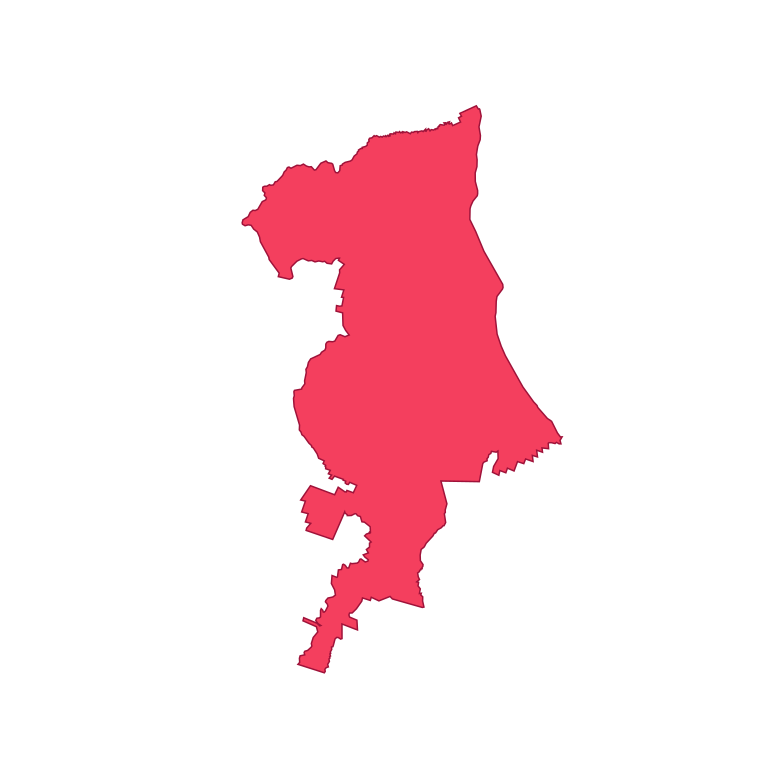 Tatahuicapan de Juárez, Veracruz, Mexico, rotated 19°
{"feature_id": "50627088B86735774155910", "entity_name": "Tatahuicapan de Juárez", "entity_type": "district", "adm_level": 2, "iso_a3": "MEX", "parent_name": "Mexico", "parent_adm1": "Veracruz", "projection": "mercator", "projection_center": [-94.788, 18.349], "detail": "fine", "context": "isolated", "style": "filled", "palette": "rose", "viewbox_px": 768, "rotation_deg": 19, "n_neighbors": 0, "source": "geoboundaries", "source_scale": "gbopen_adm2", "svg_char_len": 6165}
<svg xmlns="http://www.w3.org/2000/svg" viewBox="0 0 768 768"><g transform="rotate(19 384 384)"><path d="M234.9,303.7L248.8,313.3L249.1,316.9L260.5,315.7L262.7,313.8L262.9,312.1L258.1,304.6L258.4,302.9L261.7,296.2L265.3,292.5L266.7,291.7L272.3,292.2L275.5,290.7L279.0,291.0L282.3,288.9L286.2,288.4L288.0,287.3L290.8,288.4L295.4,287.5L295.9,284.5L297.5,281.1L300.5,279.6L301.0,279.5L300.6,281.9L307.5,283.8L304.8,290.5L305.9,293.3L306.1,310.0L315.4,308.1L315.6,315.8L317.6,315.3L318.8,323.8L316.8,324.9L313.6,325.3L314.9,330.7L321.7,330.2L326.2,342.0L330.3,345.8L335.1,349.0L331.7,352.0L326.5,351.7L324.8,353.0L323.5,359.5L321.6,360.8L317.9,361.7L316.4,363.2L316.0,365.2L317.2,368.9L317.1,371.1L314.6,374.3L314.0,376.9L306.5,384.1L305.5,388.2L306.0,392.7L305.4,395.5L306.8,398.6L307.9,406.9L309.1,409.6L307.6,414.3L307.8,415.6L301.4,419.2L301.3,420.6L303.0,424.4L303.1,427.0L306.4,434.7L317.5,450.3L318.9,455.0L321.2,456.5L322.9,458.7L325.4,459.5L332.3,464.4L335.5,465.8L336.1,467.0L338.0,467.5L343.6,471.9L346.4,475.5L352.5,476.1L352.3,479.1L355.3,479.9L355.2,481.1L356.0,481.5L356.4,483.1L361.3,483.1L360.6,487.0L364.1,487.2L362.8,490.9L365.9,491.1L367.2,487.2L376.6,487.4L376.6,488.2L379.5,488.4L379.5,490.2L381.4,490.9L383.0,490.6L383.6,488.1L391.2,488.7L390.4,496.8L383.6,496.7L383.5,498.3L382.1,498.7L374.3,496.5L373.4,504.8L347.6,504.1L343.0,520.8L347.8,520.3L347.8,531.8L354.5,531.3L354.6,540.0L360.1,539.6L357.8,545.4L358.0,547.8L386.1,547.7L388.5,517.7L389.2,518.7L391.7,519.5L392.1,520.4L395.9,519.0L398.8,516.0L400.0,515.9L401.9,517.1L404.8,517.0L408.0,521.5L410.5,521.0L417.3,523.4L417.7,524.2L419.6,529.0L419.1,529.7L418.4,529.1L418.2,530.1L416.2,531.6L415.1,533.9L423.3,537.6L422.1,539.2L423.4,542.9L421.2,546.2L424.2,548.8L420.0,552.3L422.3,553.9L426.4,555.3L426.4,556.7L424.2,558.4L419.2,556.9L418.3,557.6L418.0,560.6L416.9,562.1L412.2,564.3L410.6,564.4L410.5,569.4L409.0,570.0L406.4,568.1L404.4,567.6L403.7,568.2L404.2,573.2L401.4,574.6L402.8,581.5L402.4,582.2L397.2,582.0L399.2,589.8L404.3,594.7L406.8,599.4L404.9,602.1L400.7,604.6L399.5,607.6L399.5,609.0L402.1,610.6L403.3,612.3L402.5,617.8L401.7,619.2L400.8,619.4L399.8,617.9L397.8,616.9L397.7,618.7L399.8,624.9L399.0,626.2L396.8,627.3L396.4,629.7L399.5,632.0L402.9,632.9L402.0,633.6L398.5,632.0L384.2,631.1L384.5,634.3L399.1,635.5L402.1,640.0L399.6,646.7L399.8,653.1L401.1,655.2L400.8,656.6L398.5,660.8L396.1,662.5L395.9,663.9L397.2,665.9L393.2,668.3L393.3,670.8L394.9,674.7L393.9,677.1L421.6,676.5L422.0,674.9L421.0,673.0L421.7,671.0L423.5,669.6L422.0,667.4L422.7,664.1L421.5,661.9L422.1,660.7L421.3,659.4L422.0,658.6L420.7,656.9L421.3,656.1L420.5,654.8L421.0,652.0L420.0,649.8L421.2,649.0L421.2,647.7L420.7,641.0L421.8,639.0L423.3,638.6L426.1,639.3L427.2,638.4L422.4,624.6L439.0,625.2L435.3,616.1L427.4,615.6L426.0,613.8L426.0,611.8L428.5,610.8L431.1,605.5L433.7,596.6L433.3,593.3L441.5,593.1L441.4,589.8L449.8,590.7L458.9,582.9L461.9,584.5L493.0,582.8L494.4,581.9L491.2,576.7L489.9,572.6L487.5,571.5L487.4,569.7L485.7,570.6L485.0,565.9L481.9,563.8L481.3,560.3L479.4,560.4L481.2,557.3L479.2,555.2L477.3,551.7L478.6,549.8L478.4,548.6L479.4,547.6L479.1,546.9L480.2,546.2L479.7,545.0L480.1,544.0L479.7,542.0L475.9,539.2L473.9,534.0L473.0,528.3L475.1,524.9L475.7,520.9L479.7,511.8L480.2,508.7L481.2,508.1L482.2,504.3L485.0,501.2L486.0,498.8L486.9,498.4L487.4,494.9L483.3,487.0L483.8,485.5L482.9,483.2L482.5,476.8L469.4,457.2L505.9,445.3L503.3,427.0L504.0,425.2L506.5,423.0L505.7,421.1L506.4,419.3L506.1,416.6L507.6,414.9L507.5,412.7L512.3,411.9L513.5,410.3L516.2,417.4L514.5,426.2L515.3,432.2L522.3,432.9L521.7,428.1L528.1,428.3L528.1,423.4L535.3,423.9L535.5,413.9L542.1,413.8L542.3,408.8L550.2,408.8L547.5,403.2L552.9,403.0L549.9,396.9L556.1,396.9L554.2,393.0L560.7,391.6L558.6,386.6L559.1,385.8L561.3,385.0L565.0,384.6L564.8,385.1L566.1,383.0L569.1,383.6L570.8,383.0L568.8,380.0L569.6,376.0L568.0,376.6L563.9,373.8L554.6,364.7L549.7,363.4L537.0,356.1L535.7,354.5L531.3,352.2L516.3,341.6L489.5,317.7L482.5,310.1L474.7,300.0L467.1,283.9L466.6,280.1L463.2,269.3L462.3,264.5L465.1,255.7L465.1,253.9L463.8,251.1L435.3,226.0L421.1,210.0L411.6,200.5L408.3,190.3L408.1,187.3L408.6,182.0L410.9,175.6L410.6,173.6L409.5,170.5L404.4,162.8L401.5,154.7L401.1,148.2L399.0,141.6L396.7,137.0L395.8,132.1L395.2,128.4L395.4,121.8L394.3,117.7L390.1,110.0L388.7,99.1L385.3,93.4L384.7,92.8L383.7,93.3L380.7,90.9L367.6,103.4L370.1,105.6L367.8,108.0L371.1,111.4L364.8,117.3L362.8,115.2L361.4,116.8L360.4,116.8L360.5,114.8L358.9,115.9L358.4,117.8L357.3,116.9L355.7,117.6L357.2,118.7L356.6,119.7L352.7,120.4L352.0,121.8L352.4,122.3L351.4,123.2L351.6,125.1L350.5,125.2L350.0,126.5L349.3,126.1L348.3,127.7L345.8,128.1L345.1,129.7L343.1,128.1L341.6,130.0L341.5,131.3L340.7,131.3L340.3,129.6L338.8,132.6L337.5,132.3L334.5,134.2L334.2,135.3L333.3,134.3L330.5,135.5L330.0,136.5L328.0,136.9L327.4,138.8L323.3,138.2L322.0,139.3L320.5,139.2L320.1,140.3L319.3,139.5L318.1,141.1L316.5,140.3L316.2,141.3L313.2,141.9L313.4,143.6L311.7,143.2L311.7,144.5L308.8,145.3L308.3,145.8L309.0,147.4L308.5,147.7L307.9,146.9L307.7,148.2L306.5,147.7L305.6,149.3L304.6,148.8L304.4,149.7L302.8,149.7L301.9,151.1L300.2,151.0L299.3,152.1L296.1,151.6L294.9,152.8L293.8,152.4L292.5,155.1L290.3,156.4L290.1,158.1L290.9,159.5L289.7,161.5L290.4,163.7L289.3,165.3L286.3,167.4L286.8,168.3L285.3,169.0L283.7,171.1L284.1,172.0L283.3,173.4L283.5,175.2L281.6,178.2L280.9,182.4L279.7,184.1L275.1,187.1L273.1,189.6L273.2,190.6L271.5,191.9L272.7,196.7L271.6,199.4L269.5,199.8L267.8,198.4L264.0,192.9L262.7,192.4L259.0,193.0L256.5,192.0L252.4,195.8L249.9,203.6L248.5,204.4L244.5,202.2L242.5,203.1L239.8,203.2L236.2,202.3L233.9,204.7L230.5,205.5L225.8,210.3L223.5,209.8L222.2,210.8L221.8,213.7L220.6,215.9L220.3,219.7L216.9,227.3L215.3,228.2L214.6,231.7L212.3,233.0L210.8,232.8L208.9,235.1L206.5,236.0L205.3,237.4L206.3,240.7L209.2,242.1L209.4,244.7L212.1,246.1L212.4,247.2L212.2,248.5L209.5,251.2L207.8,259.9L205.8,261.9L203.5,262.4L201.6,265.3L201.1,270.0L197.2,274.6L197.4,277.8L198.2,279.0L201.1,279.6L203.8,277.7L206.7,277.2L210.4,280.0L214.7,281.5L218.5,285.6L220.8,289.7L233.7,301.5L234.9,303.7Z" fill="#f43f5e" stroke="#9f1239" stroke-width="1.5"/></g></svg>